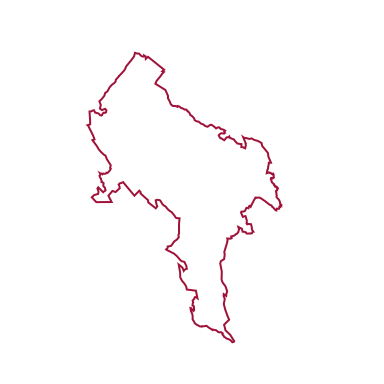 outline of Laidu pag., Kuldigas, Latvia, rotated 235°
{"feature_id": "27541924B42587812574717", "entity_name": "Laidu pag.", "entity_type": "district", "adm_level": 2, "iso_a3": "LVA", "parent_name": "Latvia", "parent_adm1": "Kuldigas", "projection": "robinson", "projection_center": [21.821, 56.751], "detail": "fine", "context": "isolated", "style": "outline", "palette": "rose", "viewbox_px": 384, "rotation_deg": 235, "n_neighbors": 0, "source": "geoboundaries", "source_scale": "gbopen_adm2", "svg_char_len": 6100}
<svg xmlns="http://www.w3.org/2000/svg" viewBox="0 0 384 384"><g transform="rotate(235 192 192)"><path d="M252.2,123.6L251.3,124.0L250.8,124.5L250.0,124.7L248.4,123.2L248.0,123.1L247.9,122.9L247.0,122.8L245.5,123.2L244.0,122.4L243.1,122.3L242.7,121.0L243.0,119.8L242.8,119.1L249.6,117.9L249.0,116.4L248.3,116.5L245.8,115.5L244.3,114.0L245.6,110.0L245.1,106.9L238.6,107.8L229.9,120.4L236.9,121.4L238.5,127.4L235.8,129.4L236.6,135.0L239.1,136.1L240.2,136.2L240.5,137.7L239.9,139.3L239.6,141.2L222.0,142.7L223.3,149.6L221.3,149.8L220.4,149.0L210.4,151.3L208.6,150.2L199.4,153.0L200.2,155.4L202.0,155.7L206.0,157.5L205.8,158.6L204.7,160.0L203.8,160.9L202.5,161.1L199.1,160.8L197.1,161.2L195.2,162.1L192.4,162.2L189.8,162.7L187.1,163.8L182.8,164.1L180.3,164.0L179.5,164.4L177.6,166.7L173.1,162.9L165.6,157.7L164.7,156.3L162.4,155.1L161.7,152.2L161.7,148.9L161.4,148.6L161.4,148.1L160.4,145.6L159.9,143.8L161.3,140.8L160.5,140.3L159.6,138.7L159.8,137.9L159.4,137.9L151.7,142.0L148.3,142.8L142.2,143.5L141.2,143.9L139.1,145.7L134.5,144.9L133.9,144.7L132.7,143.8L132.1,143.7L132.5,142.5L132.5,141.0L132.1,140.0L135.5,140.8L140.2,139.5L132.5,135.9L129.0,133.5L128.2,133.3L125.1,132.9L121.8,133.2L118.1,133.1L115.1,131.8L108.9,138.6L101.8,135.5L103.5,134.9L104.2,134.3L103.9,133.3L103.1,132.4L102.8,130.3L100.7,129.5L100.5,128.9L98.7,127.3L97.4,128.0L94.0,126.0L93.7,125.0L97.1,124.6L97.0,124.4L97.6,124.1L95.3,122.9L92.2,122.3L90.2,121.5L87.2,119.4L83.8,119.3L83.2,119.0L81.7,119.3L78.3,120.9L77.4,121.4L76.1,122.8L76.3,123.3L75.8,123.6L74.0,127.2L71.7,127.8L67.9,129.4L68.1,129.5L64.7,132.6L62.4,133.1L61.2,134.1L60.4,135.5L58.6,136.1L58.3,135.4L57.1,135.2L56.4,135.5L54.8,135.2L53.9,135.8L52.3,136.2L50.6,137.5L48.6,138.5L45.8,138.9L45.3,140.3L45.6,141.0L53.2,141.4L59.5,140.1L64.9,142.2L66.1,149.2L70.1,150.0L76.4,151.7L82.0,153.8L85.7,157.6L88.6,158.2L90.1,159.4L87.3,160.4L89.4,162.3L90.1,163.5L90.7,163.9L95.3,165.3L100.4,165.2L103.2,165.9L109.6,170.7L117.2,174.1L118.7,175.8L118.8,176.2L118.6,179.8L122.0,182.9L124.4,184.1L130.6,192.0L131.1,192.3L131.3,192.8L132.4,193.5L132.4,193.8L132.7,194.1L133.6,194.3L131.6,196.9L131.5,198.1L133.1,198.6L132.0,201.8L132.3,203.6L132.0,204.5L132.5,206.7L134.4,209.1L136.8,209.9L133.3,211.8L130.4,210.7L129.2,212.2L128.0,213.0L126.9,212.8L126.0,213.7L125.2,215.2L124.9,215.3L123.8,217.5L124.8,218.9L124.4,219.5L126.9,219.6L128.9,220.8L131.7,221.9L133.3,220.1L133.8,218.7L134.4,218.6L134.8,218.6L135.0,219.2L136.3,219.7L136.7,220.2L137.3,220.6L141.5,222.0L142.1,221.0L142.4,219.4L146.9,220.3L147.6,221.1L146.2,223.5L146.2,224.8L147.7,227.2L147.7,227.8L146.3,228.9L147.7,230.9L147.4,231.7L146.3,231.7L147.2,233.3L147.9,234.6L150.0,238.5L150.6,240.2L150.5,240.4L151.0,240.7L150.9,241.2L150.2,241.7L149.4,243.1L148.2,244.5L142.6,246.6L136.8,248.4L135.4,249.4L133.6,249.2L133.0,249.6L129.6,249.9L128.5,250.5L129.3,251.2L129.7,252.0L129.0,252.6L128.8,253.2L128.5,253.5L128.7,253.9L128.6,254.0L129.8,255.1L129.5,255.5L129.7,255.9L129.3,256.0L129.5,256.3L129.6,256.7L130.3,256.5L130.5,256.7L130.3,256.8L130.9,256.9L131.1,257.2L130.7,257.2L130.7,257.6L131.4,257.3L131.1,257.6L132.3,257.6L132.8,258.1L135.0,258.7L136.9,258.7L137.8,258.4L139.6,258.4L140.7,259.6L141.8,259.8L142.7,260.6L144.0,260.9L144.1,261.2L144.7,261.6L144.7,262.0L144.9,262.3L144.6,262.8L145.3,263.6L145.7,264.5L146.3,264.5L146.7,264.1L147.5,264.4L147.9,263.9L148.5,264.0L148.7,263.9L148.3,263.6L148.8,263.5L148.6,263.3L148.8,263.1L150.3,263.2L150.2,263.4L151.0,263.8L154.1,263.0L154.7,263.3L155.4,263.3L156.2,263.9L157.0,264.0L157.3,264.4L157.5,264.1L158.1,264.6L158.1,264.9L157.7,265.5L157.1,265.7L157.1,266.1L156.9,266.2L157.0,266.5L156.8,267.0L157.1,267.3L157.2,267.6L158.3,267.9L159.4,268.9L160.6,269.0L160.9,268.0L160.7,267.8L161.3,267.5L162.6,267.4L163.1,266.5L163.6,266.5L164.1,266.1L164.5,265.3L164.2,265.0L164.5,264.0L166.9,266.5L167.4,267.6L169.4,269.2L170.0,270.1L171.9,271.7L170.7,273.5L177.0,274.8L180.6,276.6L189.5,275.9L192.2,277.1L196.0,275.3L198.9,272.9L201.6,271.6L202.1,270.8L202.2,270.0L203.2,268.9L205.0,267.4L206.5,265.8L207.6,265.4L201.0,263.9L201.0,263.7L199.3,262.8L197.3,260.6L199.6,259.3L200.5,258.2L202.9,260.0L203.6,259.1L205.8,256.9L209.8,256.4L210.7,256.6L214.8,254.0L216.1,254.4L215.9,253.3L216.9,251.8L215.9,248.1L219.3,246.7L219.5,246.3L220.4,246.0L223.1,246.4L223.5,248.4L223.3,249.8L221.5,251.7L221.9,252.8L222.1,252.9L222.0,253.0L223.2,253.2L223.3,254.3L225.2,253.4L227.1,251.7L229.5,251.3L230.1,250.0L230.3,248.2L232.6,247.7L235.8,246.6L236.4,245.7L236.6,244.4L236.5,243.7L236.5,242.2L238.6,240.6L240.5,240.2L242.9,238.6L245.8,237.8L247.4,236.2L249.5,235.4L251.1,236.0L253.6,235.7L255.6,235.1L255.9,234.8L258.5,235.3L260.3,234.9L260.7,234.6L261.1,234.9L262.7,234.6L263.2,234.2L263.5,233.4L266.2,232.1L266.9,231.3L269.4,230.6L270.7,229.5L270.2,228.9L272.2,227.5L273.4,225.7L274.1,225.6L274.6,225.2L276.2,225.0L279.0,225.7L282.7,226.1L284.5,227.5L290.8,228.7L301.7,224.1L303.3,226.7L305.2,233.4L306.0,235.5L306.4,237.8L307.9,236.9L308.1,239.3L328.0,233.5L327.6,230.5L329.7,231.7L331.2,231.1L330.6,230.8L331.0,229.5L332.5,228.5L335.7,228.0L337.2,226.2L338.7,225.1L336.3,222.3L334.7,217.5L332.8,210.6L332.3,209.5L331.0,207.6L330.2,205.2L329.0,199.6L329.0,198.8L328.7,198.5L327.9,195.0L327.5,193.8L326.2,192.6L325.8,190.7L325.8,187.8L325.0,184.5L323.1,180.8L322.9,179.5L322.9,177.6L321.1,175.4L319.9,171.3L319.5,168.2L315.6,167.2L313.1,164.4L310.8,165.2L310.0,168.5L308.2,168.8L306.6,167.4L306.7,166.2L306.9,165.9L307.3,165.7L307.7,165.0L307.3,163.5L306.5,162.4L306.6,161.7L307.6,160.8L309.9,160.5L312.6,158.2L315.2,158.6L315.7,157.3L315.8,155.9L316.7,154.2L307.8,148.8L305.8,147.3L306.6,144.8L306.0,145.0L295.1,143.4L291.0,142.3L291.6,140.2L284.4,140.4L280.3,140.1L277.0,140.4L273.0,141.3L271.4,142.0L267.8,141.1L260.6,140.8L258.6,138.7L257.8,138.9L256.9,137.5L256.1,134.2L256.3,133.2L256.7,133.0L256.5,132.8L256.6,131.7L257.3,130.4L257.9,130.0L258.2,129.3L258.0,128.9L258.7,128.8L259.6,127.7L260.2,127.4L259.1,127.3L258.6,126.6L258.5,125.7L258.1,125.4L257.0,125.1L254.8,125.0L254.4,124.7L252.5,124.2L252.2,123.6Z" fill="none" stroke="#9f1239" stroke-width="2"/></g></svg>